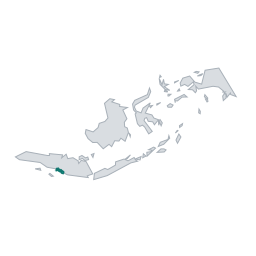 Pesisir Selatan, Sumatera Barat, Indonesia (highlighted), rotated 325°
{"feature_id": "22746128B35993392452682", "entity_name": "Pesisir Selatan", "entity_type": "district", "adm_level": 2, "iso_a3": "IDN", "parent_name": "Indonesia", "parent_adm1": "Sumatera Barat", "projection": "orthographic", "projection_center": [100.561, -1.718], "detail": "fine", "context": "in_parent", "style": "filled", "palette": "teal", "viewbox_px": 256, "rotation_deg": 325, "n_neighbors": 0, "source": "geoboundaries", "source_scale": "gbopen_adm2", "svg_char_len": 5090}
<svg xmlns="http://www.w3.org/2000/svg" viewBox="0 0 256 256"><g transform="rotate(325 128 128)"><path d="M92.7,105.2L97.2,111.2L103.7,110.5L107.1,107.7L112.8,109.4L117.3,108.3L122.9,94.3L129.9,93.6L133.2,97.0L129.7,97.3L134.8,104.0L133.4,105.5L139.3,110.9L134.1,110.3L132.4,119.8L128.3,121.2L126.0,125.0L127.4,127.6L125.8,131.9L118.0,137.2L116.3,132.3L113.1,133.5L109.8,130.8L103.9,133.9L103.1,130.5L95.8,130.8L94.5,122.1L90.8,119.7L89.2,113.8L89.9,107.9L92.7,105.2ZM19.2,87.1L31.0,88.9L46.2,104.3L48.0,105.5L48.9,103.9L59.0,112.5L56.6,114.4L62.3,114.0L61.1,118.5L65.9,120.8L68.3,126.3L67.3,128.8L71.1,127.7L74.4,131.5L72.8,145.4L67.2,143.8L67.0,145.8L51.6,131.7L45.1,119.7L39.2,113.7L36.3,105.9L20.9,91.7L19.2,87.1ZM236.8,131.0L234.6,164.3L231.3,159.5L231.9,158.1L226.9,159.6L228.0,156.3L226.7,154.5L227.2,154.3L228.0,154.4L228.5,154.3L226.3,152.9L227.4,152.5L225.7,146.4L221.6,142.6L208.0,136.5L207.5,132.6L205.5,136.9L203.4,137.7L202.8,133.7L199.5,131.1L207.0,130.4L208.0,127.7L201.0,128.3L199.4,124.8L195.3,124.0L196.5,121.1L201.5,118.6L208.3,120.8L209.1,128.8L213.5,134.3L224.3,124.9L236.8,131.0ZM167.5,111.2L162.2,114.6L147.0,113.3L145.2,114.6L144.5,118.8L147.4,123.1L151.8,120.3L160.7,120.2L150.7,125.7L155.1,131.0L154.9,134.7L157.7,138.7L151.5,140.5L151.8,137.1L148.4,134.1L149.2,130.2L147.3,129.7L145.4,131.1L145.9,144.7L141.6,144.7L142.2,136.7L141.5,134.0L138.6,133.4L138.2,129.9L141.9,120.6L143.5,120.4L142.9,116.4L145.5,111.0L149.4,109.2L163.0,111.8L168.5,107.6L167.5,111.2ZM74.5,145.9L85.9,147.8L87.6,150.4L96.4,151.2L98.5,148.6L107.0,151.2L109.2,154.9L116.1,155.7L115.9,158.8L116.8,160.7L110.3,158.2L83.7,155.1L70.3,150.6L74.5,145.9ZM180.7,112.1L185.0,108.5L183.1,112.7L186.0,115.4L181.4,114.9L183.8,121.1L180.5,117.7L179.3,110.6L182.0,105.2L180.7,112.1ZM182.6,131.2L193.2,132.7L194.2,136.5L190.0,133.7L184.0,134.2L182.3,132.7L181.2,134.4L182.6,131.2ZM156.3,160.3L148.0,161.8L142.2,160.5L146.2,158.2L154.2,160.3L157.1,157.7L156.3,160.3ZM132.4,157.6L138.1,158.4L139.0,160.3L127.5,162.0L129.5,158.7L133.3,160.6L134.7,159.9L132.4,157.6ZM166.2,162.1L166.2,165.7L159.8,168.9L160.4,165.4L166.2,162.1ZM74.5,124.1L76.1,128.2L78.4,128.7L77.6,131.3L74.2,130.0L73.1,126.7L69.8,126.0L71.5,123.6L74.5,124.1ZM225.5,159.7L221.8,160.2L223.9,156.1L226.8,155.2L227.5,156.8L225.5,159.7ZM143.0,164.0L145.5,165.8L146.6,167.8L143.9,168.4L137.9,164.7L143.0,164.0ZM176.5,132.2L178.1,135.1L175.6,136.0L172.7,133.9L172.9,132.3L176.5,132.2ZM116.3,157.6L122.4,158.9L119.5,161.1L116.3,157.6ZM125.8,157.9L126.6,161.3L123.0,160.8L125.8,157.9ZM85.5,129.4L82.4,132.0L82.7,128.7L85.5,129.4ZM210.1,144.8L210.5,149.3L209.3,149.5L208.5,146.2L210.1,144.8ZM114.6,151.4L109.8,152.7L107.9,151.9L114.6,151.4ZM159.1,139.5L159.0,143.5L156.4,145.2L157.6,139.8L159.1,139.5ZM28.5,108.2L32.9,110.5L32.3,112.6L28.5,108.2ZM39.2,124.6L37.5,123.8L36.7,120.5L38.0,120.4L39.2,124.6ZM195.3,157.7L194.6,156.1L197.0,153.2L196.8,155.8L195.3,157.7ZM192.5,117.0L196.9,118.2L192.0,117.7L192.5,117.0ZM165.3,124.8L169.4,125.9L164.8,125.8L165.3,124.8ZM157.1,141.5L154.8,143.4L156.9,139.8L157.1,141.5ZM214.3,120.4L216.4,120.8L218.4,122.8L216.5,123.2L214.3,120.4ZM175.2,155.7L173.7,157.1L170.6,157.2L171.5,155.6L175.2,155.7ZM209.7,150.0L208.7,152.1L207.7,152.0L208.0,148.7L209.7,150.0ZM182.5,125.0L179.8,125.3L179.1,124.6L180.2,123.3L182.5,125.0ZM214.6,125.2L217.7,125.6L220.5,126.4L217.8,126.9L214.6,125.2ZM158.2,122.2L161.0,123.6L158.1,124.3L158.2,122.2ZM184.6,105.1L182.8,104.7L184.5,103.2L184.6,105.1ZM163.9,159.3L167.0,158.2L167.4,158.9L163.9,159.3ZM192.4,125.3L191.9,127.2L189.7,126.2L190.8,125.7L192.4,125.3ZM126.1,135.1L124.8,136.4L125.9,132.5L126.1,135.1ZM179.9,118.1L181.3,120.6L180.8,121.0L178.7,119.0L179.9,118.1Z" fill="#d9dde1" stroke="#a8b0b8" stroke-width="1"/><path d="M50.1,127.0L50.0,126.3L49.9,126.2L49.7,125.8L49.7,125.7L49.4,125.4L49.5,125.2L49.4,124.9L49.4,124.7L49.3,124.4L49.3,124.1L49.2,124.1L48.9,123.9L48.7,123.7L48.6,123.4L48.5,123.2L48.4,123.1L48.3,122.9L48.3,122.7L48.1,122.6L48.1,122.4L48.0,122.2L47.9,122.2L47.7,122.1L47.6,121.9L47.6,121.7L47.5,121.4L47.4,121.4L47.4,121.5L47.3,121.4L47.2,121.3L47.3,121.2L47.2,121.2L46.8,121.2L46.7,121.1L46.7,120.9L46.6,121.0L46.4,120.9L46.3,120.7L46.3,120.4L46.2,120.4L46.2,120.5L45.9,120.6L45.9,120.8L45.7,120.9L45.7,121.0L45.5,121.3L45.4,121.3L45.5,121.4L45.4,121.5L45.5,121.5L45.4,121.5L45.5,121.5L45.7,121.8L45.6,122.0L45.8,122.0L45.8,121.9L45.8,122.0L46.0,122.1L46.3,122.2L46.4,122.3L46.4,122.5L46.5,122.5L46.4,122.6L46.4,122.8L46.5,122.8L46.4,122.8L46.4,123.0L46.5,123.0L46.7,123.3L46.8,123.5L46.7,123.6L46.8,123.7L46.8,123.8L47.0,124.0L47.2,124.3L47.4,124.5L47.5,124.8L47.7,125.0L47.8,125.1L47.9,125.3L47.9,125.5L48.0,125.6L47.9,125.6L48.0,125.7L48.0,125.9L48.0,126.0L47.9,126.2L47.8,126.4L47.7,126.5L47.8,126.8L48.0,127.0L48.0,127.3L48.6,127.9L48.7,128.1L49.3,127.8L49.4,127.7L49.5,127.7L49.8,127.5L49.8,127.4L50.0,127.3L50.1,127.2L50.1,127.0ZM45.5,121.6L45.4,121.6L45.4,121.8L45.5,121.8L45.5,121.7L45.5,121.6ZM45.3,121.5L45.3,121.4L45.3,121.5L45.3,121.5ZM45.3,121.5L45.3,121.4L45.3,121.5L45.3,121.5Z" fill="#14b8a6" stroke="#0f766e" stroke-width="1.5"/></g></svg>